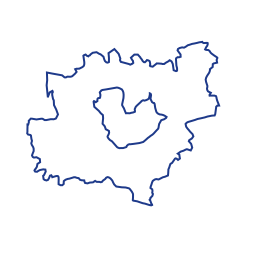 the district of Shibin al-Kum, Al Minufiyah, Egypt, rotated 260°
{"feature_id": "37247803B79022336260348", "entity_name": "Shibin al-Kum", "entity_type": "district", "adm_level": 2, "iso_a3": "EGY", "parent_name": "Egypt", "parent_adm1": "Al Minufiyah", "projection": "albers", "projection_center": [31.013, 30.561], "detail": "fine", "context": "isolated", "style": "outline", "palette": "blue", "viewbox_px": 256, "rotation_deg": 260, "n_neighbors": 0, "source": "geoboundaries", "source_scale": "gbopen_adm2", "svg_char_len": 5898}
<svg xmlns="http://www.w3.org/2000/svg" viewBox="0 0 256 256"><g transform="rotate(260 128 128)"><path d="M199.9,216.0L200.0,213.0L199.8,210.7L199.7,207.8L199.7,205.7L199.3,203.1L199.1,201.3L197.9,198.7L197.4,197.1L198.0,195.3L197.8,192.7L197.1,190.9L195.8,190.3L193.7,191.3L192.3,192.0L191.3,192.5L189.0,192.2L188.8,190.6L189.1,189.1L188.3,187.5L187.6,187.2L181.1,186.5L178.5,186.7L176.4,186.4L175.7,185.9L175.7,185.1L176.8,183.3L177.0,183.0L183.3,183.2L185.9,182.5L187.0,181.5L187.5,180.7L186.8,179.7L185.6,176.3L184.8,174.9L185.0,173.2L185.2,172.7L185.5,172.2L186.3,169.0L186.6,167.5L186.1,166.7L184.1,163.0L185.0,160.7L185.5,160.4L187.1,161.0L189.4,161.0L190.2,160.8L191.0,159.8L191.6,158.5L191.1,158.0L189.8,156.1L190.1,155.1L191.4,154.1L193.3,153.4L194.6,152.6L195.4,152.4L198.6,150.4L199.2,147.0L196.7,143.1L194.6,143.8L193.3,144.5L191.2,144.5L190.5,143.4L190.5,142.6L190.0,141.6L190.1,141.0L190.8,140.1L194.4,132.4L196.3,131.9L197.8,132.5L202.0,131.8L202.8,131.6L208.1,128.3L205.1,121.8L203.3,121.7L200.2,121.4L196.3,120.7L195.9,119.4L196.4,118.1L198.0,116.9L199.9,116.5L202.5,116.2L205.4,113.7L205.9,112.7L208.1,110.2L208.2,106.3L207.0,103.9L206.2,103.1L205.8,101.5L205.5,101.3L206.3,100.0L207.7,99.0L207.4,97.4L206.9,96.6L200.5,96.4L198.7,96.1L197.9,95.8L196.9,95.3L195.9,93.7L194.9,90.3L195.3,87.5L195.1,86.2L192.2,87.1L190.7,85.3L188.7,82.1L188.5,81.0L188.5,80.0L189.1,77.2L188.6,75.6L188.9,74.3L191.3,72.3L194.6,63.3L196.7,57.8L189.1,56.7L184.2,55.3L172.1,54.4L173.2,54.9L176.7,57.1L177.7,60.0L177.2,60.2L176.4,60.2L175.4,59.4L173.6,59.1L169.7,59.2L168.1,59.7L163.4,59.1L158.7,60.5L153.5,61.4L149.9,58.7L149.7,57.9L149.5,56.3L149.8,55.0L150.1,53.5L150.0,49.1L150.3,47.3L151.9,45.5L152.2,44.2L152.3,39.3L153.8,35.2L154.1,33.9L153.3,32.8L152.3,31.5L151.0,31.4L148.7,30.3L148.9,29.6L146.9,29.3L144.1,28.7L141.8,28.3L140.2,27.8L138.9,28.5L138.1,30.6L137.5,31.1L133.9,31.0L132.1,31.2L131.3,30.9L129.8,30.1L128.2,30.3L125.6,31.3L124.0,31.5L121.7,31.1L120.4,30.3L118.6,29.2L117.6,28.7L116.0,29.2L115.2,30.2L115.1,32.8L112.7,35.8L109.6,35.5L108.4,32.6L105.6,31.5L103.8,29.9L103.3,29.1L102.3,28.5L101.2,29.0L100.7,30.8L101.4,32.4L101.9,34.0L102.0,37.3L101.4,39.4L99.4,39.4L96.3,37.2L95.6,36.1L92.4,36.0L91.4,36.8L90.5,38.6L90.8,40.2L92.3,41.5L94.6,42.9L94.8,44.2L93.7,44.7L92.7,44.9L93.1,48.5L93.1,49.6L92.8,50.6L91.7,51.1L89.4,50.8L86.0,50.1L84.7,49.9L83.4,51.6L83.1,53.4L84.1,55.0L85.9,55.3L86.9,55.6L87.9,57.5L88.3,59.6L88.3,61.6L88.9,66.3L88.6,67.6L88.1,68.4L87.5,69.7L87.2,70.7L85.4,71.7L84.6,73.2L84.0,75.8L82.9,75.8L81.3,76.2L80.5,78.6L80.9,80.9L80.6,83.5L80.6,84.3L80.8,84.8L81.3,85.6L81.6,86.4L81.3,86.6L81.0,87.1L80.4,87.9L79.9,90.5L79.3,91.8L79.5,93.1L80.5,94.1L81.8,96.8L82.8,97.8L83.2,99.2L83.0,99.9L82.4,100.9L81.3,102.0L79.0,103.4L76.9,103.9L74.8,104.6L72.4,106.3L70.7,111.5L70.3,113.3L69.8,115.4L68.4,118.5L67.6,119.2L64.7,120.7L62.6,121.4L61.5,121.4L58.4,120.8L56.1,120.2L55.6,120.5L54.2,124.3L51.4,129.4L50.6,131.5L48.9,134.8L48.4,135.8L47.8,137.4L48.0,138.4L48.5,138.4L49.3,137.9L52.7,137.3L53.0,137.0L53.5,136.8L54.5,137.8L55.2,137.9L56.9,140.2L58.7,141.1L60.0,140.6L61.8,141.2L63.4,141.2L65.0,139.7L66.0,140.0L68.3,141.3L70.1,142.2L71.6,143.2L72.6,145.3L72.8,146.9L72.0,149.2L73.4,153.7L73.6,156.0L74.3,159.1L76.3,159.7L80.2,160.6L82.2,161.9L84.0,162.8L85.3,163.6L86.0,165.4L89.6,168.9L89.8,169.7L89.2,170.7L87.9,171.7L88.9,173.8L92.8,173.9L94.1,172.6L95.6,175.8L96.0,178.7L96.7,181.0L96.9,182.3L95.0,185.9L97.5,187.8L99.9,187.6L101.5,187.4L104.4,185.6L105.4,186.2L106.6,189.1L108.4,190.9L110.7,190.5L112.6,189.2L113.6,188.5L115.5,187.5L117.1,186.5L119.2,185.5L122.0,185.4L123.0,186.7L123.5,188.2L123.9,191.9L124.3,195.3L124.8,198.1L124.9,201.5L125.1,205.4L125.5,208.3L125.6,212.9L125.3,215.5L126.5,216.3L133.7,218.6L134.5,219.9L134.3,221.6L136.0,221.3L138.4,220.8L139.4,220.6L141.5,220.4L143.0,220.4L144.1,220.2L144.9,218.7L145.7,214.0L146.4,214.0L148.3,215.7L149.9,213.5L150.3,213.1L151.9,212.6L153.4,212.7L154.4,213.2L155.7,213.5L157.0,213.3L159.9,212.9L162.2,212.9L164.0,213.7L165.8,215.1L168.3,217.5L169.6,218.3L171.1,218.9L171.7,218.9L173.4,222.0L176.2,222.6L176.7,223.7L176.9,227.1L179.5,227.1L180.2,227.4L181.5,228.2L182.0,228.0L182.8,227.2L184.4,225.5L186.8,223.2L187.9,222.4L189.7,221.7L190.8,220.7L191.4,218.4L192.0,217.6L194.0,219.0L195.2,220.3L196.8,221.1L197.8,221.2L198.1,220.7L198.5,217.3L199.5,216.0L199.9,216.0ZM162.5,105.5L163.3,106.0L165.4,106.6L168.0,106.4L168.5,106.9L169.0,107.7L169.5,108.0L169.9,109.3L169.8,112.9L169.8,121.7L169.8,124.1L169.2,125.6L168.4,126.9L167.0,128.7L165.2,129.4L163.9,129.6L161.8,129.5L160.2,129.2L158.2,128.7L152.5,126.4L151.5,126.2L150.2,126.6L148.1,127.4L146.0,127.8L143.7,128.3L142.9,128.5L142.6,130.3L142.2,132.4L142.4,133.9L142.4,135.7L142.8,137.6L143.4,137.8L145.4,137.9L147.5,139.3L148.5,140.6L151.4,145.1L152.2,146.1L152.4,146.7L152.7,147.7L152.1,149.0L152.3,150.8L152.8,152.6L153.5,153.7L155.1,154.5L157.1,155.3L158.3,155.5L157.9,156.1L157.3,156.4L156.3,156.4L153.7,155.5L152.7,155.2L149.3,156.2L148.2,157.4L148.1,158.0L147.1,158.4L143.0,158.3L139.3,158.7L138.3,159.0L137.0,160.0L135.9,161.5L135.3,163.5L134.7,164.8L133.7,166.3L132.9,167.1L132.2,167.9L131.3,167.3L130.3,165.0L130.1,163.4L129.9,162.1L126.6,159.4L125.3,158.9L124.5,158.6L123.5,158.3L122.2,157.7L121.6,157.0L121.0,156.1L118.0,152.2L117.2,150.9L116.3,148.8L115.5,147.4L114.8,145.9L114.1,144.8L113.1,143.2L111.6,140.6L111.2,136.7L111.4,130.7L111.6,127.3L111.8,126.6L111.6,125.3L110.9,124.2L110.7,123.8L109.8,123.3L109.5,122.9L109.1,119.8L109.7,115.9L110.6,114.4L111.1,113.9L117.7,109.9L119.3,108.1L120.4,107.4L121.2,106.9L122.5,106.4L123.3,106.4L125.1,107.8L126.6,108.6L128.4,108.7L129.5,107.4L130.6,105.9L133.7,105.4L136.6,103.7L142.0,105.2L145.1,105.5L147.3,103.7L149.9,102.3L154.7,98.5L159.9,98.7L160.4,99.2L160.1,99.7L159.0,100.7L159.8,102.5L161.3,102.8L162.1,103.1L162.6,103.9L162.5,105.5Z" fill="none" stroke="#1e3a8a" stroke-width="2"/></g></svg>